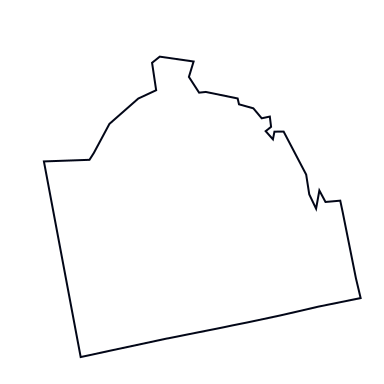 outline of Lincoln, Tennessee, United States of America, rotated 348°
{"feature_id": "52423323B92383596242389", "entity_name": "Lincoln", "entity_type": "district", "adm_level": 2, "iso_a3": "USA", "parent_name": "United States of America", "parent_adm1": "Tennessee", "projection": "equal_earth", "projection_center": [-86.542, 35.181], "detail": "fine", "context": "isolated", "style": "outline", "palette": "ink", "viewbox_px": 384, "rotation_deg": 348, "n_neighbors": 0, "source": "geoboundaries", "source_scale": "gbopen_adm2", "svg_char_len": 763}
<svg xmlns="http://www.w3.org/2000/svg" viewBox="0 0 384 384"><g transform="rotate(348 192 192)"><path d="M78.0,330.2L136.6,330.1L137.0,330.1L138.4,330.2L140.3,330.2L146.5,330.3L156.6,330.4L179.4,330.7L185.6,330.8L195.3,330.9L203.9,330.9L219.0,331.1L224.8,331.1L252.5,331.1L271.3,330.8L291.6,330.4L334.9,330.8L334.4,310.4L335.2,243.0L335.2,231.3L320.5,229.5L316.9,217.0L309.9,234.1L306.2,218.7L307.3,198.7L294.2,152.0L285.2,150.1L282.1,157.3L276.7,147.8L282.9,144.7L283.8,134.4L275.5,134.4L269.4,122.9L256.2,116.0L256.1,110.0L226.3,97.0L219.6,96.3L212.9,78.8L220.7,64.7L188.6,52.9L179.8,57.3L178.1,85.0L158.9,89.4L125.4,108.2L104.1,133.4L98.4,139.2L53.5,131.3L48.8,330.3L57.5,330.3L77.9,330.2L78.0,330.2Z" fill="none" stroke="#020617" stroke-width="2"/></g></svg>